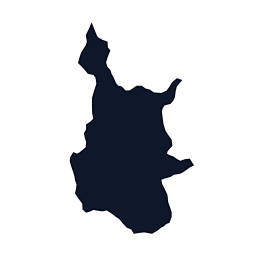 the district of Adelândia, Goiás, Brazil, rotated 174°
{"feature_id": "56859067B13956075802223", "entity_name": "Adelândia", "entity_type": "district", "adm_level": 2, "iso_a3": "BRA", "parent_name": "Brazil", "parent_adm1": "Goiás", "projection": "natural_earth1", "projection_center": [-50.188, -16.386], "detail": "fine", "context": "isolated", "style": "filled", "palette": "ink", "viewbox_px": 256, "rotation_deg": 174, "n_neighbors": 0, "source": "geoboundaries", "source_scale": "gbopen_adm2", "svg_char_len": 1655}
<svg xmlns="http://www.w3.org/2000/svg" viewBox="0 0 256 256"><g transform="rotate(174 128 128)"><path d="M181.0,52.0L178.3,49.0L174.8,49.6L170.8,50.9L166.9,49.7L162.3,48.6L157.5,49.0L152.1,44.7L149.0,41.6L145.9,39.1L142.1,33.5L139.1,29.6L134.8,27.3L132.8,22.9L129.1,23.2L122.8,23.3L115.2,21.1L109.9,23.5L106.1,25.9L103.1,27.1L100.5,29.1L97.2,30.0L94.7,34.9L94.1,39.3L95.3,44.9L96.5,49.9L96.5,57.2L98.6,63.4L100.6,68.7L101.1,73.5L97.4,74.6L91.0,75.6L87.4,77.5L81.4,77.7L78.3,78.9L74.7,80.8L71.1,82.9L67.3,84.3L70.2,90.3L74.6,90.3L79.5,89.1L82.9,91.4L86.2,94.3L89.7,95.9L92.8,98.0L91.6,101.3L86.4,106.1L86.6,111.7L89.8,117.3L91.8,121.6L93.0,128.0L93.2,132.9L93.3,141.1L91.9,144.7L89.5,147.4L83.7,148.2L80.7,150.9L78.8,154.2L77.5,159.6L75.9,164.2L73.2,167.2L70.3,169.8L74.1,171.6L79.1,168.1L82.5,163.6L85.3,160.5L91.2,158.6L98.9,160.0L102.8,163.4L106.9,164.8L110.2,167.9L115.0,168.3L122.3,164.4L126.8,164.8L130.3,169.3L134.0,170.6L136.0,173.9L137.8,179.7L139.4,183.2L140.1,187.2L142.7,190.5L143.8,195.5L141.5,200.9L138.3,207.0L140.4,210.0L140.1,215.6L144.5,217.7L149.2,221.0L150.4,224.4L153.4,234.9L155.6,230.8L159.5,224.6L159.1,217.9L160.8,214.2L163.9,210.4L166.2,207.3L168.0,203.3L170.1,198.0L166.7,193.8L164.6,191.1L161.8,186.8L156.2,184.9L154.3,181.4L154.1,175.1L156.3,170.2L159.8,161.9L160.7,154.7L161.1,149.9L161.3,146.2L160.8,140.5L164.4,137.6L168.7,135.4L169.1,130.6L171.7,127.1L171.2,123.1L170.3,118.6L171.5,112.8L178.3,108.2L181.5,107.0L184.7,108.8L187.9,104.7L188.7,101.1L187.6,95.1L186.3,89.7L185.6,85.7L185.4,81.6L184.3,77.5L185.4,72.4L186.7,68.6L184.5,64.2L180.6,57.6L181.0,52.0Z" fill="#0f172a" stroke="#020617" stroke-width="1.5"/></g></svg>